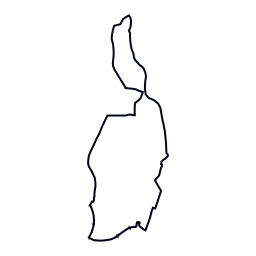 outline of Pulang Pisau, Kalimantan Tengah, Indonesia
{"feature_id": "22746128B75083695068268", "entity_name": "Pulang Pisau", "entity_type": "district", "adm_level": 2, "iso_a3": "IDN", "parent_name": "Indonesia", "parent_adm1": "Kalimantan Tengah", "projection": "robinson", "projection_center": [113.906, -2.505], "detail": "fine", "context": "isolated", "style": "outline", "palette": "ink", "viewbox_px": 256, "rotation_deg": 0, "n_neighbors": 0, "source": "geoboundaries", "source_scale": "gbopen_adm2", "svg_char_len": 4811}
<svg xmlns="http://www.w3.org/2000/svg" viewBox="0 0 256 256"><path d="M114.1,25.8L112.9,30.3L112.0,34.6L111.8,36.8L111.8,37.5L111.7,38.6L112.0,40.3L113.1,44.3L113.2,45.8L113.4,47.6L113.6,50.3L113.7,53.7L113.5,56.7L112.8,63.7L113.2,66.5L113.7,67.6L114.4,69.4L114.7,69.9L115.2,70.8L116.1,72.1L117.6,74.7L119.4,77.7L124.4,85.6L125.2,87.3L125.5,88.1L126.7,88.1L129.7,88.5L132.2,88.7L134.1,89.0L135.5,89.3L136.0,89.4L138.3,90.6L139.8,90.9L141.2,91.5L142.9,92.1L142.3,93.7L140.6,98.3L139.2,99.7L135.0,103.1L134.7,108.0L134.6,112.7L134.9,114.6L134.7,115.3L132.7,115.0L131.5,114.7L129.3,114.6L128.5,114.7L125.8,115.5L107.4,115.5L102.3,126.1L99.1,134.0L96.6,138.5L92.8,147.0L91.1,150.3L88.9,155.6L88.3,159.8L88.1,162.4L88.3,164.8L89.0,166.7L92.4,172.6L94.6,177.5L94.9,178.7L95.3,181.6L95.5,186.0L94.6,191.6L94.4,195.2L94.5,196.5L93.9,197.8L94.0,199.5L93.6,201.3L93.4,201.6L93.4,201.8L92.8,202.0L92.0,201.6L89.9,205.3L90.2,205.3L90.9,206.5L91.0,207.0L91.5,208.2L92.4,210.7L93.0,212.7L93.3,214.1L93.7,216.2L93.7,216.5L93.7,217.0L93.9,218.2L93.8,218.4L93.9,218.8L93.9,219.1L94.0,220.2L93.9,220.5L94.1,220.6L94.0,220.9L93.9,222.9L93.9,223.1L94.0,223.3L93.8,223.7L93.8,224.5L93.7,224.5L93.8,224.6L93.7,224.8L93.6,225.7L93.5,225.8L93.5,226.0L93.4,226.4L93.3,226.5L93.3,226.8L93.2,227.2L93.0,227.9L92.8,228.3L92.5,229.5L92.5,229.8L92.2,230.2L92.1,230.5L92.0,231.1L91.8,231.5L91.7,231.9L91.8,232.1L91.4,232.5L90.3,235.0L89.3,236.6L88.7,237.3L88.7,237.5L88.8,237.7L88.9,237.8L89.0,237.8L89.1,238.0L89.2,237.9L89.3,238.0L89.5,238.1L89.8,238.2L89.9,238.3L90.0,238.3L92.6,239.5L92.8,239.6L93.1,239.9L93.4,240.1L93.8,240.2L95.0,240.2L95.0,240.3L95.5,240.3L95.8,240.3L96.1,240.3L97.6,240.5L98.7,240.5L98.9,240.6L100.3,240.6L101.2,240.5L103.1,240.5L104.5,240.3L106.1,240.2L106.4,240.1L106.7,239.9L106.8,239.9L107.0,240.0L107.1,239.9L108.0,239.9L108.6,239.8L109.4,239.6L109.6,239.6L109.8,239.6L111.0,239.3L111.4,239.1L112.2,238.8L112.5,238.7L113.4,238.4L113.5,238.3L113.5,238.2L114.7,237.8L114.9,237.5L115.1,237.5L115.2,237.4L115.3,237.3L115.4,237.2L115.5,237.1L115.8,237.0L116.0,237.0L116.1,236.8L116.3,236.8L116.4,236.7L116.5,236.7L116.8,236.5L116.8,236.4L116.9,236.2L117.0,236.2L117.1,236.3L117.2,236.2L117.4,236.1L117.4,235.9L117.5,236.0L117.5,235.9L117.6,236.0L117.6,235.9L117.7,235.7L117.8,235.6L117.7,235.6L118.0,235.6L118.2,235.4L118.3,235.3L118.5,235.2L118.8,234.9L119.0,234.8L119.0,234.6L119.4,234.5L119.4,234.3L119.6,234.3L119.7,234.2L119.8,234.1L120.0,234.0L120.1,233.9L120.3,233.8L120.5,233.7L120.8,233.5L120.8,233.4L121.1,233.2L121.3,233.1L121.5,232.9L121.7,232.7L121.9,232.6L122.2,232.4L122.3,232.3L122.7,232.1L122.8,232.0L123.1,231.7L123.4,231.5L123.8,231.3L123.9,231.2L124.7,230.7L125.0,230.5L125.1,230.4L125.3,230.2L125.5,230.2L126.0,229.8L126.4,229.5L126.7,229.2L126.9,229.2L127.1,229.1L127.3,229.0L127.4,228.8L127.5,228.8L127.7,228.7L127.9,228.5L128.1,228.5L128.2,228.4L128.5,228.3L128.6,228.2L128.8,228.2L129.0,228.1L129.4,227.9L129.4,228.0L129.5,228.0L129.5,227.9L129.6,228.0L129.6,227.9L130.1,227.7L130.4,227.7L130.7,227.5L131.2,227.3L131.7,227.3L131.8,227.2L132.3,227.2L132.6,227.1L132.9,227.1L133.2,227.0L133.8,227.0L134.2,226.8L134.3,226.9L134.6,226.9L134.9,227.0L135.4,226.9L135.9,226.7L136.0,226.6L136.4,226.3L136.5,226.1L136.4,225.6L136.5,225.5L136.5,225.3L136.5,225.2L136.6,224.9L136.6,224.7L136.6,223.9L136.7,223.6L136.7,223.4L137.1,222.7L137.3,222.1L139.2,222.2L139.6,222.3L139.8,222.8L139.5,223.1L139.2,223.3L138.9,223.5L138.9,224.1L139.0,224.4L139.0,224.7L139.1,224.8L139.2,225.0L139.4,225.5L139.7,226.2L139.9,226.3L140.1,226.7L140.5,226.9L140.9,227.3L141.6,227.7L141.7,227.8L141.8,228.0L142.0,228.1L143.0,228.9L143.2,229.0L143.3,229.1L143.8,229.5L144.3,229.7L144.5,229.9L145.3,230.2L145.3,230.3L145.5,230.4L150.0,217.8L151.7,211.0L152.9,207.7L155.2,208.5L155.8,206.9L157.0,203.2L158.6,198.3L158.6,198.2L161.1,190.9L154.9,180.3L159.2,175.4L160.9,168.1L161.0,168.0L161.2,167.6L161.3,167.4L161.9,166.4L162.1,165.4L161.9,164.8L161.1,164.2L161.3,163.0L161.4,162.7L161.4,162.2L161.5,161.6L162.9,160.2L165.0,158.8L165.9,158.0L167.8,156.1L167.9,154.8L167.0,153.6L166.6,153.2L166.4,152.9L166.4,152.6L166.3,150.0L166.3,148.9L166.2,147.5L166.2,147.1L166.1,146.2L166.1,143.4L164.7,130.1L164.5,129.4L163.9,126.4L163.4,123.7L162.4,119.5L162.0,117.1L160.3,107.7L158.7,104.7L157.9,103.3L154.1,100.3L152.6,99.5L148.5,97.9L146.9,95.9L145.7,94.5L145.0,89.0L144.9,87.8L144.9,87.3L145.3,80.8L145.9,77.1L146.0,76.6L145.6,73.7L143.9,69.0L142.0,66.5L139.4,64.9L137.0,62.0L135.2,60.1L134.0,57.6L133.5,53.7L131.7,49.4L130.8,45.2L130.3,40.9L130.2,39.8L130.0,35.2L130.0,33.2L129.0,30.9L128.9,30.7L129.0,30.5L129.3,29.8L130.2,28.0L130.9,24.6L130.9,23.9L131.0,19.8L130.1,17.1L128.7,15.4L127.6,16.2L125.1,17.6L124.5,18.1L123.0,19.2L121.3,22.3L121.0,22.9L120.3,24.2L114.1,25.8Z" fill="none" stroke="#020617" stroke-width="2"/></svg>